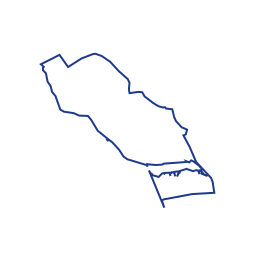 outline of Clontarf Lea-6, Dublin, Ireland, rotated 36°
{"feature_id": "5873133B49648577838284", "entity_name": "Clontarf Lea-6", "entity_type": "district", "adm_level": 2, "iso_a3": "IRL", "parent_name": "Ireland", "parent_adm1": "Dublin", "projection": "equal_earth", "projection_center": [-6.188, 53.368], "detail": "fine", "context": "isolated", "style": "outline", "palette": "blue", "viewbox_px": 256, "rotation_deg": 36, "n_neighbors": 0, "source": "geoboundaries", "source_scale": "gbopen_adm2", "svg_char_len": 1532}
<svg xmlns="http://www.w3.org/2000/svg" viewBox="0 0 256 256"><g transform="rotate(36 128 128)"><path d="M152.8,86.8L147.6,89.8L145.6,89.5L144.4,90.8L139.8,92.5L133.8,93.0L122.9,92.7L118.4,90.7L114.9,92.9L108.8,98.9L106.1,96.3L102.6,90.5L99.1,88.6L87.0,87.4L74.7,84.9L64.5,85.2L58.2,87.0L56.4,88.5L49.6,98.9L43.7,113.9L29.6,109.1L20.1,127.6L23.9,128.0L23.9,129.5L25.2,131.2L29.5,132.0L35.7,137.8L40.5,139.4L45.3,143.4L50.6,144.8L62.4,152.9L66.7,152.4L75.1,148.0L81.3,146.6L88.5,141.8L93.8,143.2L105.1,148.0L118.0,148.7L117.8,149.7L119.0,150.0L119.9,148.7L123.7,148.8L133.5,150.8L141.1,153.7L145.8,153.7L165.0,147.0L166.4,147.8L164.8,146.0L172.1,141.7L177.3,137.4L177.8,135.9L194.7,121.6L195.4,120.8L194.8,120.6L197.8,119.8L198.1,117.1L201.1,116.5L207.9,116.8L212.5,117.8L211.6,119.5L215.4,120.6L214.9,121.4L220.6,120.1L214.9,121.6L214.6,121.3L215.1,120.7L211.1,119.9L210.2,120.9L212.9,123.3L209.8,121.2L207.9,122.1L206.0,124.7L199.4,126.7L194.7,133.0L195.3,133.6L196.8,133.3L195.5,133.9L196.2,138.4L194.9,133.6L193.1,134.4L190.7,137.0L191.9,137.0L194.6,139.4L191.8,137.1L189.4,138.1L189.1,138.9L190.0,138.6L187.9,139.8L189.1,139.5L188.2,139.9L190.6,141.9L187.8,139.8L184.6,142.4L183.6,143.4L185.3,143.7L183.4,143.6L182.3,144.7L181.6,149.5L175.9,151.7L174.1,151.1L173.0,151.4L169.9,150.0L204.2,171.1L197.9,166.7L199.0,164.6L218.8,143.7L235.9,129.7L228.2,121.9L224.6,119.6L203.0,115.4L188.7,106.9L177.2,101.4L178.5,99.2L176.8,94.6L170.9,95.9L162.7,94.2L158.9,92.0L152.8,86.8Z" fill="none" stroke="#1e3a8a" stroke-width="2"/></g></svg>